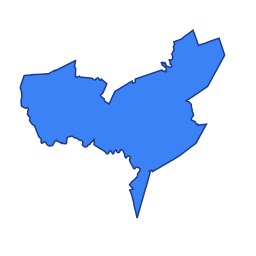 outline of Dudestii Noi, Timis, Romania, rotated 84°
{"feature_id": "2599482B49333964022937", "entity_name": "Dudestii Noi", "entity_type": "district", "adm_level": 2, "iso_a3": "ROU", "parent_name": "Romania", "parent_adm1": "Timis", "projection": "natural_earth1", "projection_center": [21.105, 45.83], "detail": "fine", "context": "isolated", "style": "filled", "palette": "blue", "viewbox_px": 256, "rotation_deg": 84, "n_neighbors": 0, "source": "geoboundaries", "source_scale": "gbopen_adm2", "svg_char_len": 5632}
<svg xmlns="http://www.w3.org/2000/svg" viewBox="0 0 256 256"><g transform="rotate(84 128 128)"><path d="M134.9,197.5L135.9,196.3L136.3,195.3L136.4,195.2L135.9,195.1L136.3,194.5L136.6,193.6L136.9,192.6L137.1,192.2L137.2,191.8L137.1,191.5L136.9,191.0L136.5,190.7L136.3,190.6L136.0,190.5L135.5,190.4L134.5,190.5L133.6,190.2L132.3,189.7L131.4,189.4L130.9,189.2L130.7,188.8L130.6,188.4L130.3,185.2L130.4,184.1L130.8,183.6L132.0,182.4L132.3,181.5L132.6,180.9L132.6,180.4L132.7,180.1L132.8,179.8L132.9,179.7L133.3,179.3L134.2,178.5L134.7,178.0L134.9,177.2L135.7,175.4L136.2,174.8L136.4,174.6L137.8,174.4L139.5,175.1L140.1,175.1L140.5,174.9L141.6,173.8L142.0,173.4L142.4,173.0L142.5,172.7L142.4,172.2L142.3,171.6L142.2,171.0L142.1,170.7L140.7,169.2L140.3,168.1L140.2,167.7L139.4,166.9L137.8,165.5L137.2,164.3L136.8,163.9L136.3,163.3L135.7,163.0L136.4,162.8L141.1,163.6L144.9,158.6L145.1,158.6L145.7,157.8L146.6,156.4L149.1,153.2L149.5,153.1L150.5,152.5L151.2,152.1L151.4,151.8L151.6,151.4L151.5,151.1L151.4,150.6L151.0,150.1L150.6,149.7L148.8,148.6L148.7,148.4L148.7,148.1L148.8,147.9L149.0,147.6L149.4,147.2L149.9,147.0L151.4,146.3L152.0,146.0L152.2,145.7L152.0,145.2L151.7,144.9L150.0,144.0L149.5,143.6L149.0,143.2L148.7,142.8L148.6,142.5L148.7,142.3L148.9,142.1L150.4,141.7L150.7,141.5L151.0,141.1L151.3,140.7L151.5,140.2L151.5,139.8L151.3,139.3L151.0,138.9L150.8,138.7L149.3,138.0L149.0,137.8L148.8,137.6L148.8,137.0L149.9,135.6L150.2,135.2L150.6,135.0L152.8,134.4L153.9,134.2L155.1,134.2L156.2,134.0L157.0,133.8L157.3,133.6L157.5,133.2L157.2,132.6L156.9,132.2L156.0,131.5L155.8,131.1L155.7,130.7L155.8,130.3L157.1,128.8L157.4,128.7L157.7,128.8L159.2,129.6L159.7,129.8L160.0,129.8L160.5,129.8L162.3,129.3L162.7,129.1L164.7,128.3L166.7,127.3L168.4,126.9L168.7,126.7L169.1,126.3L169.3,125.7L169.2,125.4L168.0,124.4L167.8,124.1L167.8,123.7L167.9,123.4L168.2,123.0L168.3,122.8L168.4,122.3L168.4,121.8L168.4,121.5L168.7,121.3L170.0,120.1L170.4,120.5L171.2,120.6L171.8,120.8L172.3,121.1L172.8,121.5L173.3,122.2L174.2,123.0L174.6,123.2L176.3,123.5L176.8,123.7L177.7,124.2L178.2,124.8L181.7,129.4L181.7,129.6L182.4,130.3L184.7,132.5L189.0,129.3L189.5,130.9L189.7,132.1L189.9,132.8L194.3,131.4L198.9,130.7L202.8,130.2L206.8,129.9L211.1,129.2L218.5,128.4L211.2,125.4L190.4,117.1L189.5,116.6L188.1,116.0L175.4,111.0L174.5,110.7L174.3,110.7L174.1,110.7L173.7,111.2L173.4,111.3L173.5,111.1L172.6,109.7L172.5,109.1L172.6,108.8L172.8,108.7L174.0,108.4L164.4,86.9L161.0,79.7L154.0,68.3L150.4,62.1L132.4,49.6L132.5,55.5L132.7,58.0L131.9,57.7L131.5,58.1L131.4,58.3L131.5,58.7L131.4,59.0L131.0,59.6L130.4,59.9L129.0,60.5L128.6,60.7L128.2,61.3L128.1,61.6L127.6,62.6L127.5,62.9L127.2,63.3L126.8,63.7L126.4,64.0L125.7,64.2L125.1,64.1L124.5,63.4L123.9,62.9L123.1,62.5L122.8,62.1L122.5,61.6L121.9,61.5L120.2,61.7L118.8,62.2L117.5,62.4L116.1,62.3L115.9,62.4L113.1,62.8L111.3,62.6L110.7,62.8L109.6,63.8L109.2,64.0L108.5,64.5L108.2,64.9L107.6,66.3L107.0,67.4L106.9,67.3L103.7,60.7L96.1,46.5L95.0,44.5L65.7,24.3L57.9,25.9L48.2,28.1L49.9,35.4L51.9,43.1L52.4,45.5L52.7,47.3L53.2,49.3L40.1,52.4L40.1,52.6L37.5,53.1L39.5,56.4L43.0,62.5L44.8,64.9L45.4,66.5L47.1,73.4L50.0,73.0L52.0,74.4L54.7,73.8L56.1,74.8L56.6,75.2L57.4,75.4L57.6,75.5L59.0,76.7L60.0,76.5L61.8,76.2L63.0,76.3L63.8,76.6L64.4,76.9L64.7,77.3L65.0,78.2L65.0,78.3L64.4,79.8L64.8,79.9L64.9,79.7L65.1,79.6L68.3,79.1L68.5,79.4L69.2,79.3L69.2,78.4L71.1,78.1L71.9,78.2L72.2,79.5L70.3,83.3L66.8,84.3L67.2,85.3L67.6,85.5L67.6,85.8L67.5,86.2L67.4,86.3L66.3,86.5L66.2,86.6L66.6,88.0L66.7,87.9L67.8,87.5L69.1,87.3L70.2,86.0L71.1,85.1L72.0,84.2L71.7,84.1L71.8,84.0L74.3,83.7L74.6,84.1L75.0,84.2L75.2,84.3L75.9,84.4L76.0,84.8L75.3,84.9L75.2,85.3L75.1,85.8L75.2,86.8L75.4,87.2L75.3,87.4L75.1,87.6L74.8,87.8L73.8,88.3L74.6,91.5L75.8,96.9L76.7,100.7L80.1,115.7L83.2,116.0L84.1,118.4L84.0,118.6L81.7,119.0L90.2,137.0L91.7,138.1L102.1,144.2L99.0,148.4L96.6,148.7L96.2,149.0L94.4,151.1L92.6,152.1L90.5,149.3L86.1,146.8L85.0,146.3L82.5,144.8L82.1,144.6L81.7,144.5L78.7,147.4L76.6,149.3L76.6,149.5L77.6,149.9L77.8,150.0L77.4,151.0L75.2,152.3L75.1,152.6L75.1,153.2L75.3,153.8L75.5,154.3L75.7,154.6L76.2,155.0L76.5,155.4L76.7,155.9L76.7,156.2L76.7,156.4L76.3,157.1L75.1,158.2L74.7,158.6L74.3,161.0L74.2,161.0L72.4,170.1L72.3,170.4L72.2,170.5L71.5,170.9L71.4,171.1L71.7,171.7L72.0,172.6L71.7,174.9L63.0,173.8L61.9,175.0L60.2,174.4L59.4,174.3L57.0,173.4L55.4,173.2L59.8,184.8L60.7,187.2L63.5,194.7L63.0,194.8L65.7,201.4L65.5,208.3L64.9,218.1L65.0,218.5L65.1,219.1L65.0,225.8L74.7,230.3L75.7,230.7L76.1,230.8L77.2,230.9L78.5,230.6L80.5,230.2L84.7,230.2L85.5,230.3L88.6,231.2L90.3,231.6L94.5,231.7L94.9,231.6L95.4,231.3L95.8,230.8L97.3,228.4L97.6,227.9L97.7,227.4L97.6,227.0L97.2,226.3L97.1,225.9L97.2,225.7L97.3,225.6L97.7,225.3L98.3,225.2L98.9,225.2L99.7,225.4L101.2,226.0L101.8,226.1L102.4,226.2L103.4,226.5L104.3,226.4L104.7,226.2L105.4,225.9L106.0,225.4L106.7,224.4L107.0,224.3L107.5,224.3L109.8,225.0L110.4,225.1L110.5,225.0L113.4,223.5L114.0,223.1L115.0,222.1L115.8,221.0L116.1,220.7L116.5,220.5L116.9,220.5L124.7,218.3L127.0,217.7L127.4,217.5L128.0,217.1L128.4,216.7L129.1,215.9L129.3,215.7L129.7,215.5L130.1,215.5L131.3,215.8L132.6,215.9L133.5,215.8L134.0,215.6L134.1,215.4L134.2,215.2L134.0,214.6L133.6,213.9L133.2,212.9L133.1,212.3L133.2,211.7L133.6,211.3L134.9,210.9L135.4,210.7L136.6,209.7L137.1,209.2L137.2,208.9L137.5,208.2L137.7,207.5L137.7,207.0L137.6,205.9L137.4,205.0L137.1,204.6L136.5,204.0L135.0,203.2L134.2,202.4L133.3,201.7L133.0,201.4L132.8,200.8L132.7,200.6L132.8,200.6L133.5,200.1L133.9,199.6L134.2,199.1L134.5,198.1L134.6,197.9L134.9,197.5Z" fill="#3b82f6" stroke="#1e3a8a" stroke-width="1.5"/></g></svg>